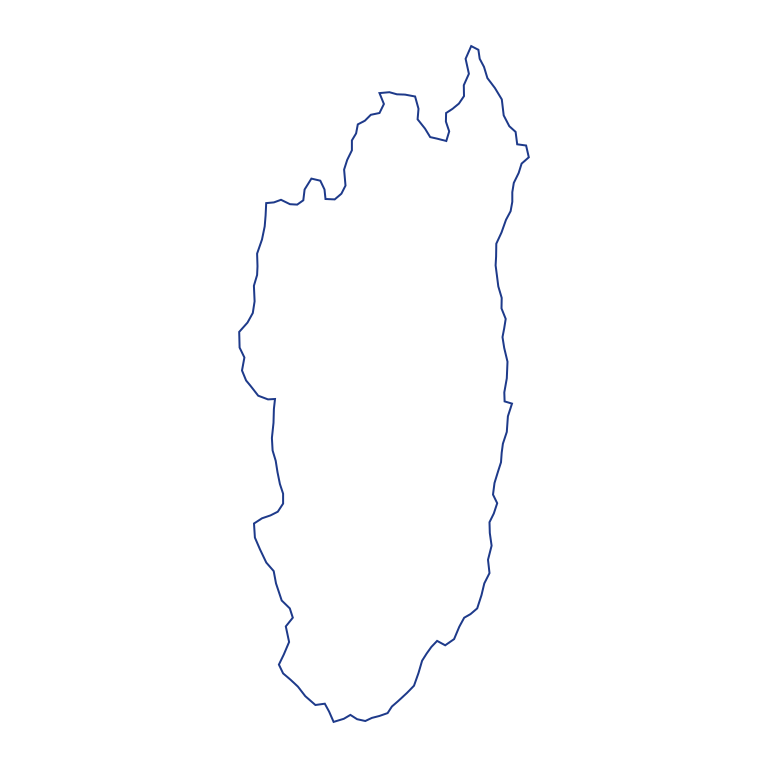 outline of Paulistas, Minas Gerais, Brazil
{"feature_id": "56859067B39216072479731", "entity_name": "Paulistas", "entity_type": "district", "adm_level": 2, "iso_a3": "BRA", "parent_name": "Brazil", "parent_adm1": "Minas Gerais", "projection": "equal_earth", "projection_center": [-42.864, -18.454], "detail": "fine", "context": "isolated", "style": "outline", "palette": "blue", "viewbox_px": 768, "rotation_deg": 0, "n_neighbors": 0, "source": "geoboundaries", "source_scale": "gbopen_adm2", "svg_char_len": 2187}
<svg xmlns="http://www.w3.org/2000/svg" viewBox="0 0 768 768"><path d="M379.5,113.0L370.8,114.8L364.9,120.7L357.8,124.4L356.1,133.4L351.9,140.4L351.9,150.3L347.2,159.9L344.1,169.6L345.5,185.6L341.4,193.7L334.7,199.4L325.5,199.0L324.5,189.5L320.3,180.7L311.4,178.6L304.6,189.5L303.3,200.3L297.2,204.6L290.0,204.2L281.0,199.8L273.9,202.4L266.2,203.1L265.6,215.4L264.7,226.4L262.0,239.5L257.1,253.6L257.5,266.3L257.1,275.0L253.9,285.8L254.6,301.3L252.8,313.0L247.5,322.6L239.2,331.9L239.6,347.6L244.4,357.5L242.0,370.5L246.1,380.5L250.8,386.2L258.2,395.7L268.0,399.4L275.0,399.0L273.9,409.0L273.5,422.9L271.9,438.0L272.6,450.5L275.7,460.8L277.5,472.2L279.9,484.0L283.1,493.7L283.1,503.6L277.8,511.7L270.5,515.4L262.0,518.3L254.0,523.5L254.9,537.6L260.0,549.4L266.3,562.6L273.7,571.1L276.0,583.4L281.7,600.5L289.8,608.4L292.8,617.7L285.8,626.4L289.1,642.0L283.8,654.5L278.9,664.6L283.1,673.4L290.5,679.7L297.9,686.6L305.3,696.2L315.4,705.0L324.8,703.7L329.1,711.6L333.6,721.9L343.8,718.8L350.4,714.9L357.1,719.2L365.3,721.0L371.9,717.9L379.3,716.0L387.6,713.1L391.9,706.5L397.9,701.3L407.0,692.9L414.0,685.7L418.5,673.0L422.1,660.7L426.6,653.6L431.3,647.0L437.1,640.9L445.2,645.3L454.1,639.1L459.3,626.7L464.2,617.7L470.5,614.1L477.2,608.4L481.5,595.1L484.3,583.4L489.5,573.1L488.0,559.8L491.6,545.7L489.8,533.0L489.5,522.2L493.8,513.5L497.2,503.2L493.0,494.6L494.5,483.0L498.0,471.6L501.0,462.3L501.7,452.7L502.9,443.7L506.8,431.9L507.9,416.3L512.0,403.6L504.6,401.4L504.3,392.4L506.8,378.3L507.5,361.7L504.2,347.9L502.5,337.1L504.2,328.3L505.7,318.9L501.5,308.4L501.7,297.9L498.3,286.4L496.9,275.3L495.6,265.4L496.1,256.6L496.3,243.7L501.5,232.5L506.0,219.8L510.6,211.2L512.3,201.8L512.3,192.2L513.8,182.9L518.7,172.9L521.6,163.6L528.8,157.3L526.1,145.5L517.2,144.3L515.6,131.9L509.3,126.2L503.7,115.4L501.8,99.4L494.9,88.0L487.4,78.1L484.0,66.9L479.7,58.8L478.4,49.8L471.2,46.1L465.6,58.8L468.9,73.8L463.8,85.2L464.0,96.1L458.9,103.6L452.3,109.0L446.1,113.0L445.9,121.6L449.2,131.4L446.3,141.0L436.9,138.6L430.2,137.1L425.0,128.6L417.6,119.3L418.5,108.8L415.1,96.5L405.0,94.6L396.9,94.3L389.4,92.2L379.5,93.1L383.9,104.0L379.5,113.0Z" fill="none" stroke="#1e3a8a" stroke-width="2"/></svg>